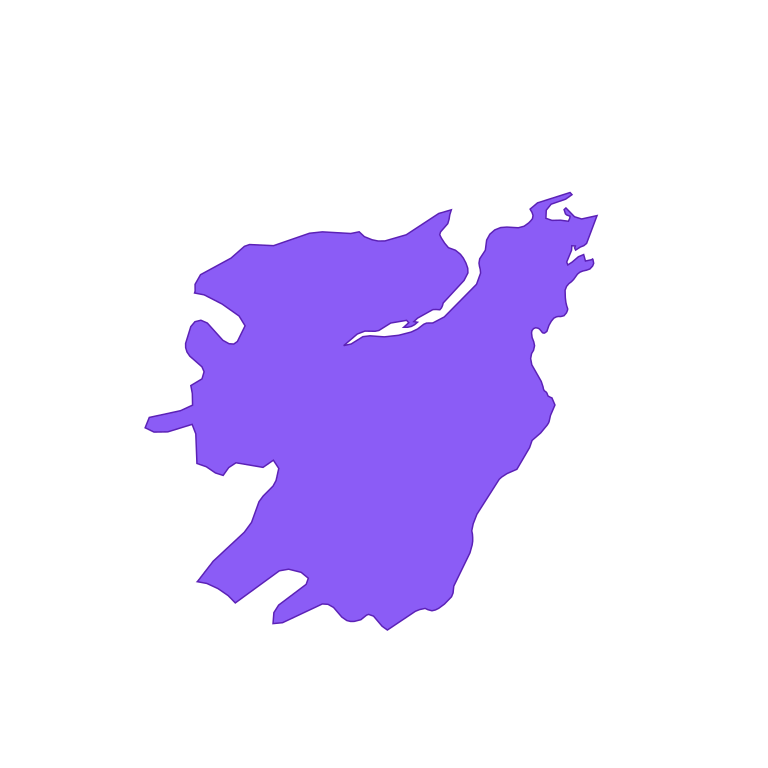 map outline of Loire-Atlantique (Natural Earth projection), rotated 138°
{"feature_id": "FRA-5316", "entity_name": "Loire-Atlantique", "entity_type": "Metropolitan department", "adm_level": 1, "iso_a3": "FRA", "parent_name": "France", "parent_adm1": "", "projection": "natural_earth1", "projection_center": [-1.707, 47.343], "detail": "fine", "context": "isolated", "style": "filled", "palette": "violet", "viewbox_px": 768, "rotation_deg": 138, "n_neighbors": 0, "source": "natural_earth", "source_scale": "10m", "svg_char_len": 4599}
<svg xmlns="http://www.w3.org/2000/svg" viewBox="0 0 768 768"><g transform="rotate(138 384 384)"><path d="M300.6,513.7L300.0,506.6L296.3,499.1L292.7,494.2L287.6,489.7L267.6,480.0L229.2,474.1L217.4,468.4L221.8,465.8L225.4,462.9L229.3,460.5L240.1,459.2L242.7,457.7L243.7,454.2L244.7,448.0L244.9,442.2L241.4,435.6L240.4,429.2L240.8,424.5L242.2,419.0L244.3,414.0L247.3,410.4L255.2,407.4L285.8,404.6L288.1,403.1L290.4,402.1L292.8,401.8L295.5,404.6L297.9,406.6L315.0,410.5L320.1,410.4L317.8,407.5L321.6,407.6L325.2,408.5L328.4,410.3L331.4,413.0L324.6,413.0L324.6,416.2L338.2,424.8L352.0,427.2L355.4,429.2L362.8,436.1L370.4,439.0L388.3,439.5L381.6,435.7L368.0,433.3L362.2,429.2L352.2,418.8L340.5,410.4L329.0,404.4L322.3,402.4L314.5,401.8L311.6,400.8L306.9,396.7L294.3,393.5L248.5,396.2L238.0,401.8L235.7,404.9L234.3,407.6L232.5,410.3L229.1,413.0L219.2,415.6L211.4,422.3L205.1,424.5L198.6,424.4L192.6,422.2L187.7,418.4L179.6,410.2L174.3,407.5L168.7,406.9L165.6,407.1L163.1,407.5L160.5,409.5L159.2,412.4L158.7,415.0L158.4,416.2L148.7,415.9L117.6,401.8L117.6,398.9L125.3,399.8L139.5,405.8L147.1,404.6L152.8,398.8L149.7,393.2L143.1,387.5L138.1,381.6L135.6,382.6L134.5,383.3L133.5,384.2L135.1,387.3L135.3,389.0L133.5,393.1L131.0,393.1L130.5,380.8L126.7,374.4L113.0,366.6L139.4,352.9L143.0,353.1L146.4,354.4L152.0,355.3L151.3,357.7L150.9,357.7L149.5,358.5L151.9,361.1L155.1,357.9L166.6,352.4L167.7,349.5L162.6,348.7L154.4,348.5L149.0,346.6L152.0,340.6L146.6,337.5L144.7,337.3L144.8,337.3L145.2,337.1L147.4,333.4L149.9,332.1L154.0,331.7L157.4,333.1L160.6,334.9L163.6,336.0L166.7,336.2L173.1,334.8L176.3,334.6L179.5,334.9L183.0,334.4L186.7,332.5L191.5,326.8L194.2,323.0L196.0,319.7L197.1,317.1L197.5,316.6L198.5,315.9L200.8,314.8L204.5,314.3L206.7,315.4L208.1,316.3L208.6,317.0L209.4,317.6L210.8,318.5L213.7,319.3L217.7,318.7L222.2,317.2L227.8,314.1L230.6,314.4L231.7,315.5L231.9,316.5L231.7,319.1L231.7,321.0L232.2,322.4L233.6,324.3L235.8,325.1L238.3,324.7L240.2,323.2L242.8,319.5L244.5,315.1L246.5,311.7L250.3,309.0L253.9,307.9L258.0,304.8L261.3,299.4L265.4,280.7L267.7,275.5L268.9,273.5L269.4,271.7L268.9,269.8L269.0,268.2L269.7,266.5L270.1,265.2L269.2,262.7L268.5,261.3L271.0,254.0L281.4,249.2L286.3,245.7L287.7,245.0L290.1,244.3L300.3,242.8L311.7,243.0L318.4,239.3L342.3,231.7L352.5,235.1L358.8,236.1L362.1,236.1L402.2,225.0L411.3,220.4L417.0,216.2L418.7,213.3L420.8,210.6L423.2,207.9L426.2,205.4L433.1,201.0L467.4,187.1L472.5,182.5L476.2,180.7L486.3,180.0L493.5,180.7L497.0,181.7L500.1,183.4L502.4,186.9L503.6,189.7L508.4,192.5L512.8,194.1L546.1,198.9L547.5,205.1L547.1,218.5L549.6,223.1L551.6,223.9L558.9,224.3L565.0,227.5L567.8,230.0L569.9,233.1L571.3,239.0L571.0,251.7L573.0,257.7L577.0,261.8L619.1,274.5L626.8,280.2L618.8,287.8L610.2,290.2L575.9,287.2L570.2,290.3L571.6,299.5L578.8,310.2L586.8,315.2L641.0,320.8L641.4,331.0L644.3,343.1L649.1,354.3L655.0,362.0L654.9,362.0L654.6,362.1L654.3,362.1L654.0,362.2L653.7,362.2L653.3,362.3L652.8,362.4L652.4,362.5L651.9,362.5L651.3,362.6L650.7,362.7L650.1,362.9L649.5,363.0L648.9,363.1L648.2,363.2L647.5,363.3L646.8,363.5L646.0,363.6L645.3,363.7L644.5,363.9L643.8,364.0L643.0,364.2L642.2,364.3L641.5,364.4L640.7,364.6L639.9,364.7L639.2,364.8L638.5,365.0L637.7,365.1L637.0,365.2L636.3,365.4L635.6,365.5L635.0,365.6L634.3,365.7L633.7,365.8L633.2,365.9L632.6,366.0L632.1,366.1L631.6,366.2L631.2,366.3L630.8,366.4L630.5,366.4L630.2,366.5L629.9,366.5L629.7,366.6L629.4,366.6L587.0,367.3L575.0,369.8L555.6,380.2L548.8,381.6L534.7,382.4L528.8,384.5L528.7,384.5L528.4,384.8L528.2,384.9L528.1,385.0L527.9,385.1L527.7,385.3L527.3,385.6L527.1,385.7L526.8,385.9L526.6,386.1L526.3,386.2L526.0,386.4L525.8,386.6L525.5,386.8L525.2,387.0L524.9,387.3L524.6,387.5L524.3,387.7L524.0,387.9L523.7,388.1L523.4,388.3L523.1,388.5L522.8,388.8L522.5,389.0L522.2,389.2L521.9,389.4L521.6,389.6L521.4,389.8L521.1,390.0L520.8,390.2L520.6,390.3L520.3,390.5L520.1,390.7L519.9,390.8L519.7,391.0L519.3,391.2L519.2,391.3L518.9,391.5L518.7,391.6L517.2,401.4L529.7,403.0L546.7,424.5L555.3,425.8L564.7,423.7L568.8,430.7L571.4,441.4L576.2,450.1L557.2,472.9L553.6,482.4L576.7,493.1L587.1,502.2L590.8,511.3L580.8,516.2L553.2,500.4L540.4,496.4L532.8,505.2L528.6,512.1L515.8,509.6L509.5,513.5L507.8,518.6L509.7,534.6L509.0,539.6L507.1,543.7L504.3,546.9L489.2,555.9L482.8,556.8L477.4,553.9L474.5,547.5L474.5,524.3L472.2,517.6L468.9,514.2L464.5,513.7L448.3,520.2L446.2,531.5L450.8,551.7L458.0,570.6L463.9,578.4L462.2,579.4L457.7,584.5L447.2,588.0L413.4,579.9L395.6,579.7L390.6,577.6L373.5,560.7L338.5,545.9L328.0,538.3L308.0,518.1L300.6,513.7Z" fill="#8b5cf6" stroke="#5b21b6" stroke-width="1.5"/></g></svg>